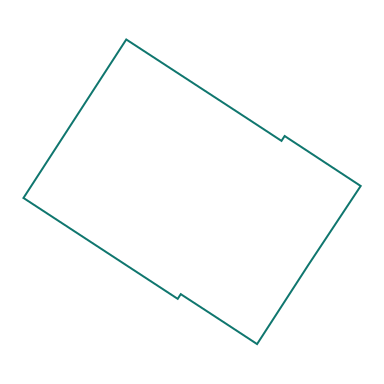 outline of Gray, Kansas, United States of America, rotated 123°
{"feature_id": "52423323B18889846509117", "entity_name": "Gray", "entity_type": "district", "adm_level": 2, "iso_a3": "USA", "parent_name": "United States of America", "parent_adm1": "Kansas", "projection": "robinson", "projection_center": [-100.458, 37.739], "detail": "fine", "context": "isolated", "style": "outline", "palette": "teal", "viewbox_px": 384, "rotation_deg": 123, "n_neighbors": 0, "source": "geoboundaries", "source_scale": "gbopen_adm2", "svg_char_len": 303}
<svg xmlns="http://www.w3.org/2000/svg" viewBox="0 0 384 384"><g transform="rotate(123 192 192)"><path d="M99.9,330.2L288.8,330.1L289.4,145.8L283.8,145.8L283.9,100.1L284.1,54.6L189.6,54.7L95.1,53.8L94.6,144.8L100.4,144.8L100.2,193.3L99.9,330.2Z" fill="none" stroke="#0f766e" stroke-width="2"/></g></svg>